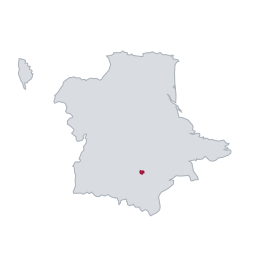 France, with Val-de-Marne highlighted, rotated 168°
{"feature_id": "FRA-5350", "entity_name": "Val-de-Marne", "entity_type": "Metropolitan department", "adm_level": 1, "iso_a3": "FRA", "parent_name": "France", "parent_adm1": "", "projection": "orthographic", "projection_center": [2.475, 48.774], "detail": "fine", "context": "in_parent", "style": "filled", "palette": "rose", "viewbox_px": 256, "rotation_deg": 168, "n_neighbors": 0, "source": "natural_earth", "source_scale": "10m", "svg_char_len": 3894}
<svg xmlns="http://www.w3.org/2000/svg" viewBox="0 0 256 256"><g transform="rotate(168 128 128)"><path d="M190.0,102.2L188.5,103.2L187.6,105.0L186.7,105.5L184.9,105.6L183.9,104.6L181.8,105.4L181.0,106.6L182.4,107.9L178.4,113.8L175.7,115.4L175.3,119.1L172.1,122.0L171.1,125.0L171.0,125.6L171.9,126.5L171.6,128.4L170.0,129.7L170.1,130.9L170.5,131.1L173.0,130.0L173.9,128.8L173.4,127.3L175.8,125.3L180.4,125.5L181.1,128.0L180.6,130.1L184.2,134.5L181.4,136.8L181.3,138.2L184.5,142.6L186.5,144.4L185.7,147.6L182.6,149.7L180.6,149.7L179.8,150.2L179.9,151.2L181.4,153.9L185.0,155.5L185.6,157.6L184.7,158.4L183.3,161.6L184.1,163.2L183.8,163.9L184.2,164.9L185.2,165.9L190.2,168.3L194.5,167.5L195.1,169.1L192.7,173.4L193.0,175.2L191.6,175.4L191.4,176.0L188.8,177.6L184.7,182.0L182.7,183.4L182.0,185.6L180.8,186.8L174.6,189.6L173.4,189.1L170.3,189.3L168.3,187.8L164.6,187.0L163.3,184.8L159.9,184.5L159.6,183.1L154.8,184.6L148.0,182.7L145.6,180.6L143.6,181.2L141.9,183.2L134.7,188.4L131.8,193.7L132.4,199.9L134.1,202.9L129.6,202.5L126.9,203.4L126.2,204.7L119.8,203.2L117.5,204.4L116.8,204.3L116.0,203.0L112.9,201.5L113.4,200.5L113.0,199.6L110.0,198.9L109.0,199.7L107.9,197.9L99.7,195.0L98.4,195.0L97.8,197.7L92.5,197.5L91.8,197.0L88.3,197.5L84.8,194.8L80.8,195.1L78.4,192.3L76.0,192.0L72.7,190.5L71.2,189.7L71.0,188.9L70.0,190.1L68.7,189.7L68.5,189.4L69.4,187.9L69.6,186.2L65.5,184.7L64.4,183.4L64.4,182.7L66.7,182.3L68.9,180.0L71.2,171.4L73.0,161.2L74.1,159.3L75.4,158.8L74.5,157.3L73.1,159.1L74.3,149.7L76.1,142.7L79.4,145.8L80.1,147.1L81.0,151.3L82.8,153.2L81.6,151.4L80.6,145.8L79.9,144.1L74.7,139.2L74.6,138.1L76.9,138.8L76.1,135.2L75.9,127.8L72.7,126.9L67.7,123.5L64.4,117.6L64.1,115.5L65.2,113.3L64.4,111.9L63.0,110.8L64.3,109.0L65.3,108.8L69.0,110.1L66.0,108.2L61.1,108.5L59.2,107.7L59.0,106.4L60.4,104.7L58.8,103.6L56.0,103.6L55.7,103.1L56.6,102.0L55.9,101.5L53.6,101.8L52.4,101.3L51.3,99.8L47.6,99.2L46.9,98.4L42.0,96.3L36.7,96.2L35.5,93.2L32.4,91.6L33.1,90.8L36.4,90.3L37.1,89.5L34.9,88.2L34.2,86.9L38.4,87.1L36.6,85.7L32.5,85.4L32.1,83.7L32.8,82.0L35.3,80.7L41.4,79.6L45.7,79.9L48.9,78.2L52.0,77.9L54.8,79.0L58.3,84.2L61.6,82.2L66.2,82.6L67.1,83.8L68.4,81.7L69.4,83.0L75.1,82.9L73.8,82.0L72.8,79.9L73.0,72.3L70.5,66.6L69.9,64.6L70.1,62.9L73.4,63.4L76.2,62.8L77.5,63.4L77.7,66.9L78.7,69.0L86.4,70.0L90.8,71.3L94.6,69.4L98.1,68.6L98.4,68.1L96.4,68.3L94.6,67.3L94.4,66.4L95.4,63.6L100.8,60.7L108.6,58.3L110.6,56.6L112.9,53.5L112.4,52.7L112.9,44.2L114.0,41.4L117.0,39.4L124.3,37.4L125.3,40.1L125.2,41.6L127.2,44.0L128.1,44.7L131.4,43.4L132.9,45.6L133.4,48.2L137.4,49.1L138.6,52.4L139.3,51.7L141.7,51.8L142.9,52.0L144.5,53.4L144.1,55.4L144.8,56.3L144.2,58.2L144.7,58.9L149.2,58.8L150.5,57.9L151.1,56.1L152.5,55.0L153.0,55.3L152.2,58.7L152.9,59.6L153.3,62.0L155.0,62.1L158.4,63.9L161.4,67.0L164.9,66.3L167.7,68.0L170.5,66.9L173.2,67.7L174.2,68.6L177.0,72.9L178.9,71.9L180.3,72.4L180.8,73.6L185.9,72.6L186.9,73.8L188.0,74.2L194.7,75.4L194.9,77.0L191.5,82.1L190.3,89.0L189.3,91.4L189.0,93.2L189.4,94.4L189.3,96.2L188.8,100.7L189.3,102.0L190.0,102.2ZM221.8,191.3L221.7,194.2L222.9,196.1L223.9,204.0L222.1,208.1L222.1,212.8L219.9,218.6L215.5,216.5L214.2,215.2L215.2,213.0L212.7,212.1L213.1,209.9L212.8,208.9L211.1,209.0L210.9,208.4L212.1,206.7L212.0,205.7L210.3,204.6L209.9,203.6L211.3,202.2L210.6,201.1L209.7,200.9L211.5,197.1L212.8,195.9L216.0,194.6L217.2,193.1L219.3,193.7L219.7,193.3L219.9,187.5L220.6,187.3L221.3,188.0L221.8,191.3ZM75.1,135.6L74.6,137.2L72.6,134.2L72.4,132.6L75.1,135.6Z" fill="#d9dde1" stroke="#a8b0b8" stroke-width="1"/><path d="M123.7,80.2L124.2,80.4L124.7,80.7L125.2,81.2L125.3,82.3L125.2,82.7L125.1,82.9L125.0,83.0L124.9,83.2L124.9,83.4L124.7,83.5L124.6,83.4L124.4,83.2L124.1,82.7L122.6,82.8L122.4,82.8L122.0,82.4L121.8,82.3L121.7,82.1L121.8,81.7L121.8,81.3L121.9,81.0L123.3,81.0L123.5,80.9L123.6,80.7L123.7,80.2Z" fill="#f43f5e" stroke="#9f1239" stroke-width="1.5"/></g></svg>